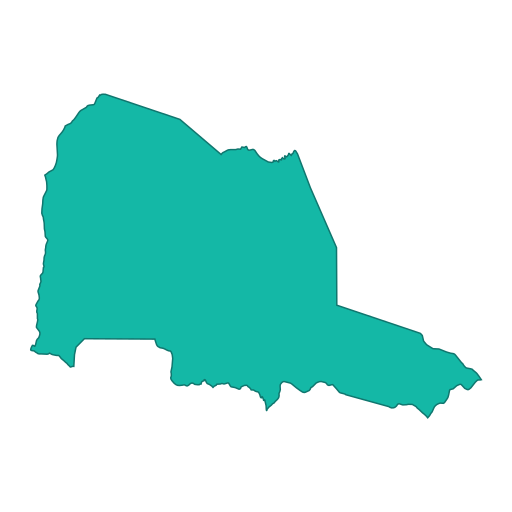 Yorito, Yoro, Honduras
{"feature_id": "27666195B19722524554409", "entity_name": "Yorito", "entity_type": "district", "adm_level": 2, "iso_a3": "HND", "parent_name": "Honduras", "parent_adm1": "Yoro", "projection": "equal_earth", "projection_center": [-87.306, 15.078], "detail": "fine", "context": "isolated", "style": "filled", "palette": "teal", "viewbox_px": 512, "rotation_deg": 0, "n_neighbors": 0, "source": "geoboundaries", "source_scale": "gbopen_adm2", "svg_char_len": 5943}
<svg xmlns="http://www.w3.org/2000/svg" viewBox="0 0 512 512"><path d="M481.3,379.7L478.7,375.9L476.9,373.5L476.0,372.6L473.1,370.2L472.4,369.4L472.0,369.2L470.7,368.8L466.5,368.0L465.6,367.5L463.9,365.6L462.6,363.5L461.9,363.0L461.4,362.5L455.5,355.1L454.5,354.1L453.3,353.6L450.6,353.2L446.5,352.0L439.0,349.0L433.0,348.7L427.0,345.0L425.9,343.9L423.6,341.1L422.3,335.5L421.1,334.1L420.2,333.3L336.8,305.2L336.5,247.6L310.4,187.8L297.5,153.9L295.7,151.0L295.3,150.7L294.7,150.5L294.2,150.9L293.7,151.6L293.1,153.1L292.7,153.7L292.1,153.8L291.7,154.7L291.2,155.4L289.3,153.6L289.0,153.4L288.7,153.6L288.5,154.5L287.9,155.5L286.7,156.8L286.4,156.8L285.0,155.9L284.8,155.9L284.6,156.4L285.1,158.5L284.8,158.9L284.0,158.9L282.4,157.7L281.5,158.8L281.5,159.2L281.6,159.6L281.5,159.8L281.2,159.9L280.0,159.6L279.4,159.6L278.9,159.9L278.8,160.2L278.8,161.6L278.7,161.9L278.1,161.8L276.5,160.7L275.8,160.8L275.2,161.2L274.9,161.3L274.1,160.4L273.7,160.5L273.4,160.8L273.2,161.8L272.9,162.1L271.9,162.5L268.3,162.0L262.3,158.7L260.4,157.4L258.9,156.0L257.1,153.8L254.9,150.5L254.3,150.0L253.5,149.5L252.7,149.4L249.9,150.1L249.1,150.2L248.5,150.1L247.7,149.4L246.8,147.1L246.5,146.7L246.2,146.5L245.4,146.8L244.6,147.5L241.9,147.0L240.5,149.2L237.9,149.0L235.7,149.6L230.7,149.6L228.2,149.9L226.7,150.6L224.6,151.8L222.9,152.6L221.9,153.5L221.1,154.5L179.9,119.4L105.4,94.3L102.9,94.2L101.2,94.5L100.3,95.3L99.7,95.0L98.1,97.4L97.0,98.0L94.8,103.4L94.2,104.4L93.5,104.7L89.8,105.1L88.1,105.5L87.2,106.1L86.4,107.3L81.0,110.4L80.1,111.1L79.0,112.4L75.4,117.7L73.8,119.8L72.4,121.0L71.7,122.2L70.9,123.1L70.2,123.6L68.1,124.4L65.2,126.0L64.8,127.4L63.5,130.0L62.1,132.1L59.2,135.5L58.0,137.4L57.2,140.4L57.0,142.0L56.9,144.3L57.5,155.0L57.4,156.5L57.0,159.2L56.3,162.8L55.2,165.9L54.0,168.4L53.0,169.8L48.9,172.0L46.2,174.3L45.1,174.8L44.9,175.2L44.9,175.6L45.4,176.6L45.9,178.9L46.6,181.8L46.9,185.6L46.9,189.2L46.7,190.4L43.6,196.5L43.3,197.3L42.9,199.9L42.7,203.7L42.0,208.8L41.8,213.2L42.4,215.3L43.2,216.9L43.6,219.9L44.0,221.7L44.2,223.4L44.4,228.9L45.0,231.7L45.3,236.3L45.7,237.1L47.6,239.4L47.8,240.3L47.3,241.8L46.2,244.4L45.8,246.2L45.7,247.8L45.4,249.3L45.3,250.2L45.5,251.8L45.5,253.0L45.3,254.2L44.5,256.0L44.1,257.7L44.0,260.1L43.4,263.5L43.4,264.1L43.9,265.8L44.0,266.8L43.8,267.1L43.5,267.4L43.4,267.6L43.0,272.0L42.6,273.1L41.1,274.7L40.6,275.4L40.3,276.0L40.3,276.8L40.6,278.0L40.7,279.5L41.0,281.3L40.5,282.9L39.8,284.3L39.9,285.6L39.7,286.5L38.4,289.8L38.0,291.0L38.1,292.0L39.0,295.0L39.3,297.4L39.3,298.8L39.0,299.7L37.9,301.2L36.1,304.5L35.8,305.4L36.1,306.3L36.8,307.2L37.1,308.1L37.1,309.1L36.8,310.8L36.8,312.0L36.9,312.5L37.3,313.2L37.4,314.0L37.4,318.5L37.8,319.7L37.4,322.0L36.6,325.3L36.4,327.1L36.6,327.6L39.5,331.5L39.9,332.8L39.9,334.1L39.5,335.7L38.9,337.3L38.4,338.1L37.3,339.2L36.5,340.6L35.7,344.2L35.1,345.9L34.8,346.2L34.5,346.3L33.9,345.7L33.4,345.5L32.8,345.3L32.4,345.4L31.4,347.3L30.7,349.3L30.8,350.0L31.2,350.4L32.0,350.6L34.1,350.9L34.7,351.3L35.4,352.0L36.8,352.8L37.9,353.6L39.1,353.9L40.8,353.9L47.1,354.2L48.4,353.9L49.6,353.1L51.7,354.3L52.9,354.7L56.3,355.4L58.7,355.5L59.5,356.2L61.3,358.6L63.8,360.6L65.7,362.4L67.0,363.4L67.8,364.5L69.1,365.7L70.3,367.0L71.0,366.9L72.8,366.3L73.8,366.4L74.5,354.6L76.0,347.2L84.4,338.7L154.9,339.1L155.2,340.4L156.6,344.7L157.2,345.7L157.8,346.4L160.0,347.7L163.2,348.3L165.0,349.1L167.3,350.3L169.0,350.9L170.3,351.0L170.8,351.4L171.3,352.3L172.2,354.6L172.7,358.4L172.0,366.9L171.0,371.6L171.0,372.2L171.3,373.7L171.3,375.5L171.3,376.2L170.8,377.3L170.8,378.4L171.1,379.4L172.1,380.9L174.2,383.3L175.9,384.6L177.4,385.3L179.4,385.5L182.3,385.2L184.3,384.8L186.4,385.8L187.2,385.9L188.5,385.3L190.5,383.5L192.0,383.0L193.4,383.4L194.6,384.3L195.0,384.4L197.3,384.7L199.0,384.7L199.5,384.6L200.2,384.0L201.0,384.1L201.6,382.1L201.9,381.7L202.2,381.4L204.1,380.7L204.2,379.7L204.6,379.6L205.3,379.9L206.5,382.6L207.3,383.6L209.8,384.6L210.6,385.4L211.4,385.7L213.0,387.4L214.4,386.0L215.3,385.7L216.3,385.1L216.7,384.3L217.0,384.2L220.3,384.0L221.9,383.5L222.6,383.6L223.6,383.9L224.5,383.9L227.8,382.9L228.3,383.0L228.8,383.4L230.4,386.1L231.1,386.8L235.2,387.6L239.0,389.2L239.7,389.1L240.2,388.8L240.6,388.3L241.0,387.1L241.5,386.7L244.4,385.4L246.8,385.3L247.4,385.7L248.0,386.6L249.4,387.5L250.5,388.7L251.2,389.9L253.6,390.0L255.2,391.1L256.5,391.6L257.7,391.8L258.5,392.3L259.3,393.5L260.0,395.3L260.4,396.9L261.0,397.7L261.2,397.8L261.6,397.7L261.8,397.4L261.8,396.9L262.0,396.7L262.4,396.9L263.3,398.9L263.6,400.3L263.9,400.4L264.1,400.0L264.4,399.9L264.6,399.9L264.8,400.1L266.1,405.7L266.3,409.6L266.5,410.4L266.6,410.5L266.8,410.4L267.0,409.4L268.8,407.2L271.4,405.1L272.6,403.7L273.9,403.1L275.3,401.4L277.5,399.3L278.5,397.9L278.8,397.2L279.1,395.8L279.0,393.5L279.8,391.5L280.3,389.6L280.1,386.5L280.2,385.0L280.5,384.2L281.2,383.3L282.0,382.4L282.7,381.9L283.5,381.6L284.5,381.6L290.4,383.1L291.7,383.9L296.4,387.8L300.1,390.5L302.6,392.1L304.2,392.5L305.5,392.2L309.2,390.5L310.1,389.4L310.9,387.6L312.5,386.7L316.3,382.9L319.1,381.7L321.2,381.5L325.5,382.6L326.5,383.5L327.4,384.8L328.4,385.3L329.2,385.4L331.3,384.8L332.4,384.6L332.7,384.6L336.4,388.7L339.3,392.2L340.2,392.8L344.5,393.9L345.0,394.1L345.6,394.6L346.1,394.8L388.8,406.6L390.1,407.4L391.6,407.9L393.5,407.8L394.8,407.4L396.5,406.0L397.6,404.3L398.8,403.8L399.8,403.9L402.3,404.8L403.0,404.9L406.6,404.7L408.3,404.3L412.3,404.4L416.1,406.6L417.3,408.1L419.3,409.7L422.5,412.8L424.4,414.3L426.3,416.1L427.7,417.8L429.6,415.6L430.8,413.5L432.1,411.9L434.1,407.4L434.7,406.5L435.6,405.5L437.0,404.4L438.9,403.5L440.2,403.1L443.4,403.3L444.0,403.0L444.7,402.3L447.2,398.7L447.9,397.5L448.6,395.1L449.4,391.1L449.7,390.1L450.0,389.6L453.2,388.8L456.7,385.7L459.3,384.5L460.4,384.3L461.0,384.4L461.5,384.8L464.8,388.4L467.4,389.6L468.4,389.6L469.3,389.1L470.9,387.8L475.3,382.2L477.2,380.4L477.9,380.0L480.5,379.9L481.3,379.7Z" fill="#14b8a6" stroke="#0f766e" stroke-width="1.5"/></svg>